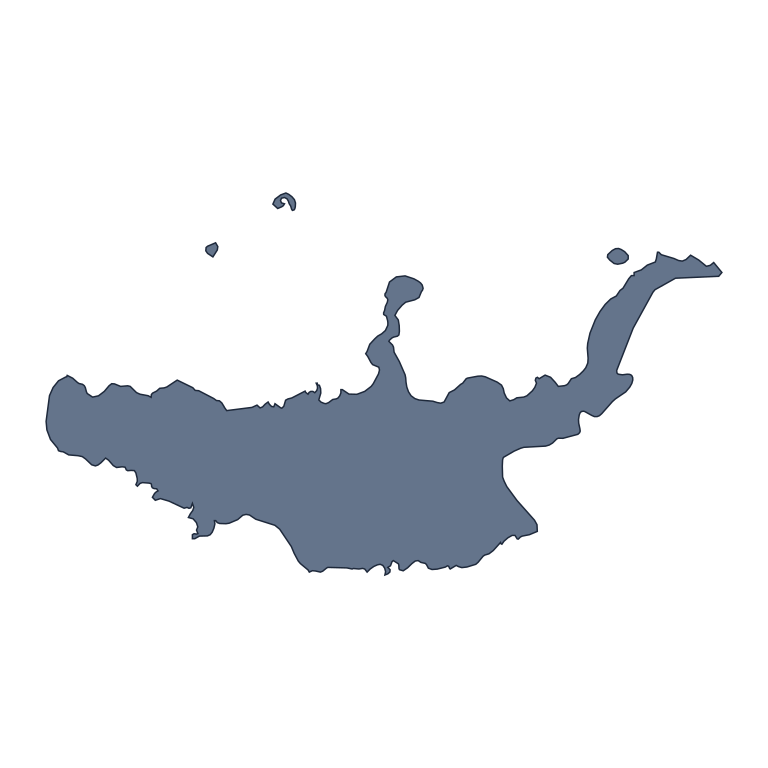 the border of West New Britain
{"feature_id": "PNG-1257", "entity_name": "West New Britain", "entity_type": "Province", "adm_level": 1, "iso_a3": "PNG", "parent_name": "Papua New Guinea", "parent_adm1": "", "projection": "robinson", "projection_center": [149.97, -5.482], "detail": "fine", "context": "isolated", "style": "filled", "palette": "slate", "viewbox_px": 768, "rotation_deg": 0, "n_neighbors": 0, "source": "natural_earth", "source_scale": "10m", "svg_char_len": 6105}
<svg xmlns="http://www.w3.org/2000/svg" viewBox="0 0 768 768"><path d="M537.3,531.4L529.4,534.7L522.2,536.1L520.4,537.0L518.3,539.1L517.2,538.9L515.0,535.4L512.1,535.4L507.9,537.8L504.0,541.2L501.9,544.2L500.8,543.6L500.5,542.5L493.3,550.5L489.0,553.8L484.7,555.1L483.0,556.3L478.1,562.3L475.8,564.3L467.0,567.0L461.8,567.6L458.5,566.6L456.2,565.4L450.2,569.0L449.6,568.4L448.7,566.3L447.5,565.8L445.3,567.1L437.3,569.1L432.0,569.5L428.4,568.2L426.5,564.6L425.3,563.4L420.9,562.4L418.2,560.6L415.3,561.0L411.9,563.6L407.6,567.8L403.2,570.8L399.5,569.7L399.0,568.7L398.8,565.1L398.4,563.8L393.3,560.6L392.0,561.7L390.5,565.8L387.8,567.4L390.1,569.7L389.9,572.0L387.9,573.8L384.9,575.0L385.6,571.7L384.7,568.2L382.8,565.4L380.2,564.3L377.5,564.8L373.9,566.4L370.3,568.9L367.1,572.1L364.7,569.0L362.6,568.4L358.9,569.0L353.4,568.5L352.1,569.0L346.9,567.9L327.8,567.4L326.5,568.1L322.7,571.2L320.4,572.1L315.5,571.0L312.4,570.7L309.3,572.1L308.1,570.0L300.4,563.6L298.3,561.1L294.2,553.4L291.3,546.5L279.7,529.2L274.9,525.3L255.7,519.2L249.5,515.0L246.1,514.4L242.8,515.2L237.7,519.6L229.2,523.2L226.0,523.7L219.7,523.5L217.3,522.6L215.7,520.6L214.4,520.6L214.9,523.9L213.9,528.2L212.2,532.2L210.2,534.7L207.4,535.9L199.4,536.1L194.8,538.7L192.4,538.7L192.4,534.7L194.1,533.7L196.5,534.1L197.9,533.6L196.5,530.1L197.8,526.9L196.4,522.6L193.1,518.8L188.4,517.5L190.4,513.7L192.7,510.6L193.8,507.4L192.4,503.4L190.8,507.8L189.0,508.3L187.0,507.4L184.1,508.2L168.9,501.1L160.4,498.6L155.3,500.3L152.4,497.3L154.6,493.4L156.1,492.0L158.0,490.9L156.7,488.8L154.1,488.6L152.4,487.8L151.6,486.4L151.5,484.8L151.0,483.6L149.0,483.1L142.4,482.6L140.1,483.4L137.4,486.2L135.9,484.7L137.3,481.3L137.2,478.4L135.9,473.0L134.4,470.6L131.1,470.4L127.8,470.7L126.3,469.9L125.1,467.2L122.2,466.8L116.6,467.5L113.3,465.6L108.6,460.2L105.6,458.1L100.9,462.8L98.0,465.0L95.4,465.9L91.7,464.8L85.6,459.0L82.3,456.6L78.1,455.7L68.7,454.9L63.2,451.8L60.7,451.5L58.5,450.7L57.5,448.0L50.5,439.5L46.9,429.9L46.1,421.4L49.5,395.6L53.1,387.5L58.5,380.8L65.7,377.0L66.7,376.8L67.2,375.4L72.7,378.2L77.5,382.5L79.0,383.5L82.5,384.3L84.3,385.7L85.3,387.5L86.4,391.7L87.2,393.5L92.6,397.1L98.5,395.8L104.3,391.4L109.1,385.7L111.7,383.7L114.5,383.9L120.6,386.4L127.7,385.8L130.2,386.4L136.5,392.6L140.0,394.2L148.1,395.7L151.1,397.3L151.4,394.5L152.6,393.1L156.6,391.1L159.7,388.3L164.1,387.9L166.8,387.0L177.2,380.1L192.8,387.7L195.2,390.4L198.7,390.7L213.7,398.5L216.4,400.5L219.4,400.8L221.8,402.9L224.3,407.0L224.0,406.8L226.7,410.6L252.0,407.4L257.0,405.1L260.1,407.9L262.6,406.9L265.1,404.2L268.1,402.0L269.4,404.3L271.6,406.5L273.8,406.8L275.0,403.7L280.5,407.7L281.8,408.2L283.8,406.3L285.6,400.2L288.0,398.9L291.7,398.0L305.1,391.1L305.7,392.4L308.0,394.2L309.1,392.4L310.8,391.4L312.8,391.4L314.8,392.7L316.7,390.6L317.5,388.2L317.3,385.7L316.2,383.2L317.2,383.1L317.6,384.9L319.4,385.3L320.6,388.7L320.8,393.1L318.8,399.9L321.0,402.1L324.1,403.4L325.9,403.7L328.6,402.6L332.7,399.5L336.2,398.9L337.9,398.1L339.7,395.9L340.9,392.9L340.9,389.6L342.3,389.6L349.0,394.1L356.9,394.3L364.7,391.4L371.2,386.4L373.3,383.6L378.5,373.9L379.5,370.0L378.8,367.2L372.6,364.6L370.9,362.4L367.7,356.4L365.7,353.7L367.1,351.4L369.8,344.2L374.8,338.8L377.7,336.1L381.7,333.8L385.4,330.5L387.8,325.4L387.9,322.9L387.6,320.6L386.4,316.2L383.7,314.5L383.6,312.9L384.6,310.4L385.4,306.4L387.3,302.3L387.8,299.8L387.3,298.4L385.4,296.5L384.9,295.2L385.1,293.6L386.1,292.4L389.5,282.0L396.3,276.9L405.1,275.9L413.9,278.8L418.4,281.3L420.6,283.0L422.2,285.0L423.1,288.3L422.5,290.2L421.4,291.7L419.0,297.5L414.8,299.8L405.7,302.2L402.1,305.2L397.6,310.4L394.9,315.4L398.3,320.0L399.2,325.5L399.4,331.3L398.9,334.9L397.4,336.2L393.6,337.1L391.9,338.0L389.4,340.3L388.9,341.4L392.5,345.0L393.5,347.1L394.1,352.2L399.3,361.5L405.1,374.8L405.7,377.8L406.0,382.1L406.8,387.0L408.5,391.8L411.1,395.8L414.9,398.6L419.0,400.0L432.9,401.2L437.0,402.5L440.7,403.2L444.1,402.0L449.2,392.6L454.5,389.9L460.6,384.4L462.7,383.2L466.2,378.7L467.5,378.1L477.7,376.2L481.6,376.0L485.3,376.8L497.2,382.1L501.5,385.1L503.3,388.7L504.2,393.0L506.5,397.9L509.8,400.9L513.7,399.7L516.8,397.8L523.7,397.1L526.9,395.8L532.4,390.8L534.8,387.4L536.5,383.2L535.3,380.3L535.9,378.1L537.4,377.3L539.1,378.7L545.1,375.1L550.6,377.3L555.1,382.2L558.3,386.4L564.4,385.7L566.6,384.9L568.1,383.6L571.4,378.7L575.5,377.5L579.6,374.5L583.3,370.9L585.8,367.7L587.8,363.0L588.1,358.3L587.3,348.1L587.7,343.4L590.0,333.1L595.3,319.8L600.0,311.5L605.2,304.4L610.7,299.0L616.3,296.0L620.0,290.5L623.0,288.2L628.7,278.8L631.4,275.6L634.1,275.6L634.1,272.5L641.3,269.9L647.3,265.1L655.3,262.0L656.3,259.0L657.5,252.2L658.8,252.2L661.3,254.7L674.0,258.5L678.5,260.5L682.3,261.1L686.1,259.5L690.6,255.2L698.7,260.0L706.4,266.3L710.3,265.3L713.7,262.5L721.9,272.5L718.7,276.3L675.5,278.2L655.0,289.7L652.9,292.3L633.2,328.1L616.7,370.4L616.9,372.9L618.2,374.2L622.5,374.8L627.2,374.2L629.3,374.3L630.8,374.8L631.9,375.8L632.7,377.6L632.8,380.0L631.8,383.5L629.7,387.2L625.7,391.9L615.4,398.9L612.4,401.6L601.8,413.6L599.4,415.7L597.1,416.6L594.4,416.6L591.7,415.4L584.9,411.6L583.6,411.2L581.4,411.5L580.0,413.0L579.2,415.1L578.5,419.6L578.7,423.2L579.9,428.7L580.2,431.1L579.6,432.7L577.9,434.3L563.0,438.3L558.4,438.2L556.8,438.9L552.6,443.0L549.3,445.0L545.6,446.1L523.9,447.3L520.5,448.3L514.2,451.1L503.7,457.2L503.1,458.0L502.6,459.9L502.3,466.1L502.6,477.1L504.2,481.3L506.8,486.6L517.0,500.5L534.5,520.2L537.0,524.7L537.3,531.4ZM621.2,249.5L624.7,251.7L628.2,255.6L628.2,259.0L624.9,262.2L622.7,263.2L617.7,264.2L614.1,263.5L609.8,260.1L607.4,257.2L607.8,254.6L612.2,250.5L615.5,248.7L618.6,248.5L621.2,249.5ZM285.9,193.0L288.7,194.3L291.9,196.7L294.4,199.6L295.5,203.0L295.3,206.8L294.8,208.8L294.1,209.9L292.4,210.4L291.6,209.2L290.7,206.1L289.2,203.7L288.3,201.0L287.0,198.8L284.5,197.5L281.5,198.2L280.5,200.5L281.5,202.9L284.5,203.8L283.3,205.7L281.7,206.8L277.7,208.5L272.9,204.1L275.1,199.1L280.7,194.9L285.9,193.0ZM206.1,247.5L207.6,246.2L215.6,242.8L217.8,246.6L217.3,250.0L212.9,256.9L207.6,253.4L205.8,250.8L206.1,247.5Z" fill="#64748b" stroke="#1e293b" stroke-width="1.5"/></svg>